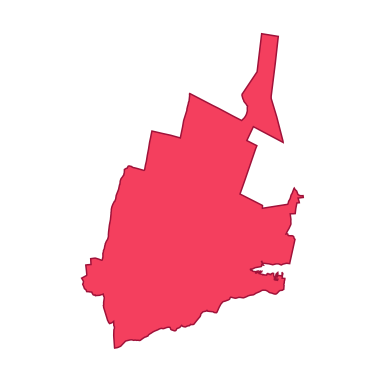 the district of Racoviteni, Buzau, Romania, rotated 250°
{"feature_id": "2599482B64050799943306", "entity_name": "Racoviteni", "entity_type": "district", "adm_level": 2, "iso_a3": "ROU", "parent_name": "Romania", "parent_adm1": "Buzau", "projection": "orthographic", "projection_center": [26.904, 45.34], "detail": "fine", "context": "isolated", "style": "filled", "palette": "rose", "viewbox_px": 384, "rotation_deg": 250, "n_neighbors": 0, "source": "geoboundaries", "source_scale": "gbopen_adm2", "svg_char_len": 5741}
<svg xmlns="http://www.w3.org/2000/svg" viewBox="0 0 384 384"><g transform="rotate(250 192 192)"><path d="M316.9,311.6L282.7,294.3L267.1,273.0L266.9,272.6L265.7,272.0L262.2,271.7L260.7,271.9L259.3,271.8L255.8,273.0L254.4,273.2L254.1,273.6L253.7,273.6L252.4,272.8L249.2,271.7L246.4,269.7L245.0,268.2L244.2,267.1L243.5,266.0L243.1,265.0L242.5,263.7L242.2,263.1L249.0,256.8L261.6,245.5L266.2,241.1L285.3,223.6L285.0,223.2L283.3,222.7L278.4,220.3L277.5,219.4L275.9,218.5L274.0,217.1L271.7,215.6L270.5,215.1L262.0,208.6L256.2,205.3L246.8,199.5L252.6,191.4L257.2,184.1L263.0,175.2L259.8,173.2L257.1,171.6L253.3,169.2L247.3,165.9L241.8,162.6L236.4,159.6L233.3,157.5L229.6,155.4L228.9,154.9L228.7,154.5L228.8,154.1L233.0,148.3L234.3,146.4L235.0,145.2L235.8,144.3L236.5,144.1L237.9,142.0L238.1,141.3L238.1,140.9L237.6,140.3L236.7,139.4L236.6,139.0L236.7,138.3L236.3,136.2L233.8,135.2L232.8,134.7L232.2,134.1L231.3,133.8L231.0,133.1L230.1,132.0L228.8,129.9L227.5,128.8L226.5,128.1L225.5,127.7L223.7,126.7L223.6,126.4L219.6,123.9L214.7,119.6L211.7,118.0L209.6,116.2L209.7,115.8L207.5,113.4L205.3,111.5L203.2,110.2L201.8,109.7L200.2,108.8L199.7,108.7L193.7,105.8L189.4,103.2L183.1,100.0L180.2,98.7L179.3,98.5L178.1,97.8L176.4,96.5L175.0,94.7L172.9,92.7L172.6,92.7L171.3,91.7L168.7,90.2L167.3,88.8L166.3,88.4L165.3,87.7L164.9,87.3L162.0,86.3L160.5,85.6L160.5,85.4L158.9,84.5L158.7,83.9L158.8,83.7L160.8,81.4L162.8,78.8L163.2,77.7L164.0,74.0L158.4,72.3L159.4,68.8L159.7,67.2L154.2,65.9L150.1,64.8L149.8,64.6L149.6,64.3L148.8,58.8L145.3,59.5L143.3,58.5L142.9,57.8L142.3,57.7L141.3,57.9L137.9,57.9L136.4,58.9L134.4,59.0L134.2,59.5L133.3,61.6L133.0,61.8L132.7,62.7L132.1,63.6L130.8,63.6L130.1,63.8L129.5,63.9L129.0,64.1L128.8,64.5L128.4,65.6L128.1,65.4L127.5,65.9L127.4,66.9L126.6,69.5L126.5,70.6L126.6,71.5L126.3,72.4L126.5,73.6L124.0,73.4L123.4,73.6L122.2,73.2L118.5,71.2L116.2,70.4L115.5,69.8L115.1,69.9L113.7,69.5L100.2,68.8L98.5,69.1L98.0,69.0L96.5,69.6L96.5,71.7L96.6,72.4L97.2,74.1L93.1,72.8L91.9,73.0L91.6,73.0L90.9,72.5L90.3,72.4L89.8,72.0L89.3,71.5L84.1,69.4L72.0,65.9L71.8,65.9L71.3,68.6L71.3,70.2L71.5,71.4L71.4,71.8L71.5,72.3L74.5,78.3L74.6,78.6L74.6,79.2L74.2,83.1L73.7,84.9L72.5,86.6L72.4,87.8L71.7,88.9L71.1,90.7L70.4,91.9L70.3,92.7L71.1,95.3L71.7,97.7L71.7,98.8L71.6,99.2L71.8,100.1L71.7,101.2L72.6,102.3L73.0,103.5L73.4,105.6L73.8,107.1L74.1,109.3L74.2,112.7L74.5,114.7L74.4,116.3L74.3,116.7L73.6,117.8L73.3,118.7L73.3,122.0L73.1,123.2L72.9,124.0L72.2,125.1L70.2,125.1L69.8,125.3L69.4,125.7L68.3,127.1L67.6,127.9L67.3,129.0L67.4,129.5L68.7,131.0L68.9,131.4L68.8,132.4L68.9,134.2L69.4,135.0L70.2,136.7L69.2,137.1L68.5,137.8L67.5,139.5L67.5,140.6L67.7,141.6L67.6,141.9L67.6,142.6L67.3,143.6L67.5,143.8L67.4,144.1L67.6,144.4L67.7,145.1L68.0,145.5L67.8,145.6L67.5,146.3L67.3,147.1L67.1,147.6L67.1,148.3L67.1,148.5L69.4,152.2L72.2,157.0L73.3,158.0L73.8,158.2L74.3,158.6L75.6,161.0L75.6,162.2L75.2,164.5L75.7,165.4L75.7,165.6L75.4,165.8L74.6,166.0L72.2,170.9L71.2,171.6L70.7,172.5L70.2,173.7L70.4,174.2L71.7,175.5L74.4,178.1L76.1,180.0L76.8,180.8L77.5,182.1L78.1,182.9L78.3,184.0L78.1,186.4L78.2,187.5L78.1,188.6L78.3,190.1L78.4,190.6L79.6,191.7L79.9,192.3L79.8,192.7L77.5,196.1L77.2,196.9L77.0,199.9L76.6,201.0L75.3,203.4L75.0,204.0L74.9,204.6L75.0,207.6L75.2,209.0L75.2,209.7L75.1,211.4L74.4,214.4L74.5,215.5L75.0,217.4L75.2,221.5L75.6,223.8L75.6,224.5L75.5,225.1L74.7,227.1L74.3,227.8L73.0,229.1L71.3,230.2L70.8,230.7L69.8,232.3L68.3,234.1L67.8,234.9L67.4,235.9L67.6,237.0L69.1,240.1L69.3,241.0L68.9,242.7L68.8,243.5L69.1,244.1L69.1,244.9L72.2,246.3L72.9,246.6L73.6,246.6L74.2,246.9L74.7,247.4L75.5,247.8L76.7,248.3L77.7,249.1L79.0,249.7L80.2,247.2L81.6,248.0L82.7,248.1L83.0,248.8L84.5,249.5L85.3,249.1L85.2,248.9L84.2,248.7L83.4,248.3L82.9,247.8L82.6,247.7L82.6,247.1L83.3,246.3L83.9,244.8L84.3,244.1L85.5,244.6L86.1,244.9L87.0,245.1L86.6,244.0L86.5,243.8L86.3,244.2L85.8,244.1L85.7,244.2L85.2,244.1L83.7,243.5L83.1,243.3L83.0,243.2L83.3,242.4L83.7,242.3L84.5,242.6L86.3,243.5L85.5,242.5L81.7,240.8L80.8,242.9L80.3,242.7L80.1,242.5L80.3,241.7L80.0,241.7L80.5,240.8L80.8,240.1L81.5,239.4L84.0,240.6L84.2,240.2L86.5,240.4L87.6,240.8L88.1,240.1L88.1,239.5L88.0,238.2L87.4,237.8L88.0,236.7L88.7,236.4L88.8,235.6L89.5,235.4L89.5,234.8L89.3,234.4L88.4,233.7L89.9,230.4L90.1,230.6L90.9,229.3L92.2,227.5L92.9,228.5L93.2,230.3L93.6,230.5L93.6,229.4L94.1,229.2L93.4,228.3L92.9,227.1L93.1,227.0L93.6,228.1L94.2,228.9L94.5,229.3L93.7,226.7L93.8,226.3L94.4,226.1L95.2,226.8L95.3,225.7L94.6,225.6L94.0,225.2L93.8,224.6L94.1,224.1L94.7,224.4L95.1,225.1L96.5,222.3L96.9,222.0L97.6,221.7L98.1,220.8L98.8,220.4L99.2,220.4L99.5,220.6L99.0,222.5L99.3,225.5L98.5,230.1L98.3,231.6L98.3,231.8L98.5,231.9L99.7,232.5L98.9,234.0L99.3,233.9L100.3,233.6L102.9,233.6L102.9,233.9L101.0,233.9L98.2,239.7L96.0,243.0L95.7,246.4L94.9,248.7L92.9,250.9L93.1,253.0L92.7,256.5L91.3,259.3L92.5,260.0L112.3,272.6L112.5,272.4L113.1,272.2L113.9,272.1L114.9,272.3L115.4,272.2L116.1,271.8L116.8,270.9L117.0,270.1L118.0,267.8L118.3,267.5L119.8,267.6L120.1,267.2L120.4,266.0L120.5,266.1L122.7,268.4L124.5,270.6L127.6,273.7L128.6,274.2L130.6,274.8L132.5,275.6L137.9,276.8L136.9,279.9L136.4,281.6L140.8,283.8L145.8,286.8L145.2,289.2L145.7,289.3L150.0,289.6L148.8,294.7L150.6,295.1L150.9,294.2L151.4,292.7L152.2,291.7L153.3,290.8L153.8,290.7L157.1,290.7L159.0,289.7L160.7,289.4L160.4,289.0L157.4,286.4L156.5,285.7L155.7,284.6L155.0,283.9L152.5,282.2L151.4,281.1L150.8,280.3L150.2,279.6L148.5,278.5L147.7,277.7L151.0,260.9L152.6,252.6L155.2,253.6L155.6,253.3L173.7,236.4L184.5,245.3L211.0,266.7L213.3,268.8L221.6,261.1L232.4,272.0L207.4,294.6L208.8,294.9L233.4,297.3L252.8,298.4L254.8,299.1L284.7,314.4L308.7,326.3L316.9,311.6Z" fill="#f43f5e" stroke="#9f1239" stroke-width="1.5"/></g></svg>